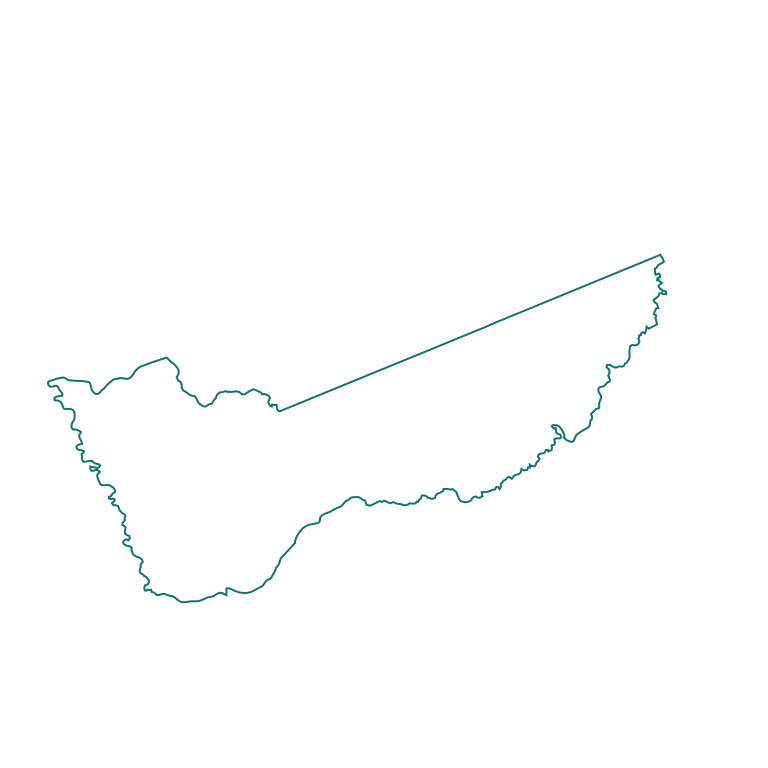 Porto Alegre do Norte, Mato Grosso, Brazil (Mercator projection), rotated 335°
{"feature_id": "56859067B37465571379655", "entity_name": "Porto Alegre do Norte", "entity_type": "district", "adm_level": 2, "iso_a3": "BRA", "parent_name": "Brazil", "parent_adm1": "Mato Grosso", "projection": "mercator", "projection_center": [-51.745, -10.764], "detail": "fine", "context": "isolated", "style": "outline", "palette": "teal", "viewbox_px": 768, "rotation_deg": 335, "n_neighbors": 0, "source": "geoboundaries", "source_scale": "gbopen_adm2", "svg_char_len": 6016}
<svg xmlns="http://www.w3.org/2000/svg" viewBox="0 0 768 768"><g transform="rotate(335 384 384)"><path d="M492.2,518.7L493.3,517.4L492.8,514.8L494.5,513.2L496.5,513.3L499.7,514.3L502.9,512.4L504.6,512.8L504.4,514.6L508.0,514.6L509.3,512.7L509.8,510.5L512.8,511.0L513.9,510.0L514.9,506.1L517.3,506.0L520.4,507.7L522.2,507.1L522.4,504.6L520.7,502.8L519.6,500.9L521.0,496.3L519.3,496.2L518.3,494.4L518.5,492.9L520.4,492.8L523.6,494.8L525.0,496.6L525.9,500.9L525.9,506.8L524.4,508.9L526.2,512.7L529.6,515.9L531.8,515.7L536.3,511.9L537.8,511.2L542.9,510.3L550.3,509.7L552.7,508.7L555.4,504.7L557.2,504.0L558.6,502.2L559.0,498.6L565.6,496.3L568.3,496.8L569.8,494.9L570.9,492.3L575.1,488.1L575.7,486.2L575.2,481.7L576.1,479.1L577.9,478.1L581.7,478.7L583.4,478.7L587.2,477.0L589.6,477.1L590.5,475.8L590.7,471.4L593.0,469.1L593.9,467.7L594.0,465.5L592.8,462.9L594.2,461.1L596.6,462.0L599.8,466.2L601.5,467.3L604.7,467.4L607.4,469.0L609.3,468.9L611.1,467.3L612.6,467.3L617.3,464.6L620.4,457.9L622.0,455.2L623.4,453.6L625.3,453.5L628.1,455.2L629.8,455.4L631.6,455.0L633.6,453.2L633.7,450.4L635.2,449.3L635.7,447.8L637.8,448.2L638.7,446.5L640.8,446.6L641.8,448.4L644.4,445.9L646.2,443.1L647.4,445.7L656.6,445.4L657.7,440.7L657.7,438.9L659.0,438.1L659.7,436.6L658.2,435.0L659.2,433.4L662.7,430.5L664.7,431.1L665.3,426.5L663.8,424.5L663.8,421.7L669.4,420.6L672.1,418.3L673.5,418.7L675.2,420.5L677.7,421.8L678.6,419.6L677.6,418.2L675.6,417.6L675.6,415.6L674.5,414.5L674.1,412.3L674.6,410.8L678.7,409.9L677.0,407.1L677.0,405.1L675.5,405.2L676.7,403.5L679.3,403.9L680.3,401.6L679.7,400.0L676.5,399.9L676.5,398.1L678.2,393.9L680.3,393.8L682.1,392.3L689.3,391.5L689.7,388.5L689.1,385.5L689.1,383.7L512.2,375.5L499.7,375.2L278.5,364.7L277.1,364.1L276.5,362.0L277.8,357.4L276.1,356.9L273.9,355.4L272.7,357.0L271.5,355.6L271.3,352.6L271.7,351.1L274.5,348.7L274.8,346.8L274.1,345.4L271.6,342.5L269.2,341.9L269.1,340.0L263.8,333.7L260.0,333.5L253.5,334.4L251.0,333.5L249.4,330.0L246.6,328.0L241.8,326.6L240.5,325.5L239.0,325.2L237.5,323.5L234.0,323.1L231.3,322.2L227.8,323.4L225.8,325.6L223.7,326.4L219.5,329.2L216.6,328.4L213.9,329.0L212.4,328.9L210.8,327.9L208.1,323.6L207.6,315.5L203.6,312.1L201.4,308.0L199.3,304.9L199.1,302.1L200.4,298.7L200.6,296.0L198.9,294.1L198.9,290.3L200.8,289.0L202.7,287.2L203.7,284.8L203.6,282.6L202.4,277.7L199.8,272.8L198.3,268.2L185.2,266.6L170.9,265.4L168.7,265.5L163.9,267.2L160.9,269.2L157.7,270.7L155.7,271.3L153.2,270.7L147.3,267.0L143.9,266.6L142.3,265.9L140.6,265.6L133.8,267.4L127.7,270.0L126.0,270.2L122.4,271.9L120.7,272.1L118.7,271.2L117.6,269.7L116.9,267.5L116.7,265.6L117.8,260.0L117.7,258.3L116.7,257.0L111.3,253.5L106.4,251.1L100.9,248.0L99.1,246.4L97.4,243.7L96.0,242.5L90.1,241.0L85.3,240.5L83.3,240.0L80.5,240.2L79.7,241.6L79.5,243.2L80.1,245.1L82.5,246.3L86.2,247.0L87.4,248.7L87.3,251.0L88.4,256.9L87.5,258.6L85.7,258.2L81.6,256.9L79.2,257.5L78.6,259.5L81.8,261.5L83.1,263.1L83.8,265.8L83.3,269.4L83.6,271.3L84.8,272.2L87.0,272.9L89.6,274.4L91.0,275.9L91.4,277.6L91.0,280.1L89.3,283.9L87.9,285.5L84.5,287.8L82.4,290.9L82.7,293.5L86.6,295.9L89.0,299.1L88.1,300.4L86.4,301.1L85.4,303.3L85.5,308.8L84.9,310.7L81.9,309.9L80.3,310.0L78.7,310.9L78.3,313.0L79.8,315.0L82.2,316.4L83.7,318.2L82.6,319.2L80.3,319.8L79.5,322.4L78.4,324.8L78.6,327.4L81.3,328.5L83.7,328.9L86.6,330.0L88.2,333.6L91.4,336.0L92.3,337.8L90.5,339.1L88.9,339.0L82.9,334.7L82.1,336.4L82.1,338.9L84.2,339.9L86.4,340.0L87.7,340.5L89.3,343.6L87.4,344.1L85.9,345.1L85.1,346.4L84.6,349.4L84.5,355.0L85.8,356.6L88.1,357.8L90.9,358.6L92.7,359.9L94.7,363.3L95.3,365.4L95.3,367.0L94.4,368.3L91.6,368.6L89.5,370.1L86.8,370.1L86.4,371.6L88.1,372.9L89.9,373.3L91.2,374.5L90.1,376.2L87.1,377.0L87.5,379.5L89.8,380.6L91.5,382.4L91.1,386.8L91.8,389.2L93.9,393.1L93.8,394.6L92.5,395.6L91.3,398.2L88.1,399.5L87.3,401.1L88.6,403.0L89.2,404.8L86.6,408.4L86.2,409.9L86.6,411.5L89.0,414.3L88.2,416.8L86.1,417.6L84.6,415.7L81.8,416.2L80.6,417.4L80.6,419.3L82.0,421.4L85.1,423.8L86.1,425.5L84.9,428.0L84.6,431.4L85.0,433.4L86.3,435.4L88.7,437.7L89.9,439.7L90.5,441.3L90.1,443.4L87.4,444.4L86.6,446.2L83.4,450.4L83.5,452.8L85.4,455.2L85.5,456.8L86.9,458.2L87.8,462.8L86.9,464.7L85.3,465.7L82.5,465.5L80.7,467.2L79.9,469.9L81.2,471.0L83.0,470.4L84.3,471.5L86.1,472.1L85.4,474.2L87.4,475.7L88.8,479.1L90.6,480.1L94.2,480.6L96.8,481.8L98.6,483.9L103.7,488.0L105.6,492.3L107.0,494.7L108.8,496.4L110.8,497.4L118.0,499.7L123.4,502.2L126.3,502.7L134.4,503.0L139.6,504.3L144.6,503.6L146.8,503.8L148.8,504.9L151.9,508.8L154.7,502.8L157.1,503.6L162.1,509.2L165.1,512.0L170.1,515.0L173.4,515.9L176.3,516.3L187.8,515.8L189.8,515.0L194.2,512.5L199.4,512.2L205.6,507.9L208.6,504.9L211.0,503.9L212.9,502.6L216.1,499.0L217.8,497.9L236.1,490.6L237.2,488.6L239.9,485.7L243.3,483.4L249.3,480.4L253.3,479.8L256.4,479.8L265.8,482.2L267.9,481.1L269.8,478.1L272.1,476.8L276.0,476.6L281.5,477.1L285.7,476.5L293.7,476.7L299.9,474.0L302.5,474.0L305.9,473.2L307.9,473.4L312.9,475.6L314.1,476.9L315.5,479.5L317.5,481.7L317.1,486.0L319.0,487.8L321.3,488.6L329.5,488.1L331.0,488.7L332.6,490.1L334.4,489.8L336.0,490.8L337.7,493.2L339.5,494.9L342.6,494.9L344.2,497.0L345.3,498.0L348.5,500.0L350.5,502.2L352.7,503.1L354.8,503.5L356.7,502.9L360.0,504.9L362.4,505.4L363.7,504.4L365.0,505.3L366.8,503.8L368.8,503.5L371.1,501.2L373.1,501.7L375.1,503.8L375.7,505.8L377.2,506.5L378.6,508.3L382.1,508.9L383.3,507.2L386.0,505.8L388.1,506.3L392.4,506.0L393.6,504.3L397.1,505.9L399.5,507.7L402.0,508.4L404.1,513.2L403.4,514.6L403.7,516.5L403.3,520.3L404.1,522.6L407.4,525.4L410.3,526.3L413.7,526.3L415.1,525.2L417.1,524.3L419.6,524.7L421.1,526.7L422.4,527.5L425.7,527.4L426.9,523.3L429.7,524.7L434.2,525.8L437.8,525.8L439.8,526.5L442.1,524.9L444.1,525.9L444.2,528.0L446.2,526.9L447.1,524.9L448.2,523.7L451.8,522.1L454.2,522.0L456.5,520.8L458.3,521.3L459.7,524.0L462.7,522.3L464.6,522.1L468.6,522.5L470.3,522.0L472.7,519.0L474.4,521.5L477.6,522.4L479.5,520.3L481.1,521.4L482.1,518.8L482.9,520.6L486.1,522.3L489.5,519.3L492.2,518.7Z" fill="none" stroke="#0f766e" stroke-width="2"/></g></svg>